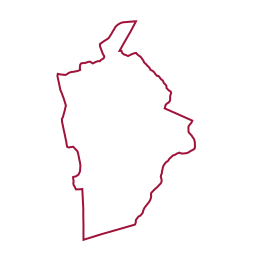 Bela Cruz, Ceará, Brazil (Albers equal-area conic projection), rotated 263°
{"feature_id": "56859067B81960756923809", "entity_name": "Bela Cruz", "entity_type": "district", "adm_level": 2, "iso_a3": "BRA", "parent_name": "Brazil", "parent_adm1": "Ceará", "projection": "albers", "projection_center": [-40.267, -3.072], "detail": "fine", "context": "isolated", "style": "outline", "palette": "rose", "viewbox_px": 256, "rotation_deg": 263, "n_neighbors": 0, "source": "geoboundaries", "source_scale": "gbopen_adm2", "svg_char_len": 2710}
<svg xmlns="http://www.w3.org/2000/svg" viewBox="0 0 256 256"><g transform="rotate(263 128 128)"><path d="M190.3,64.9L188.3,64.3L185.4,64.5L183.4,64.7L179.1,65.1L176.3,65.3L174.1,65.5L171.4,66.3L165.1,67.8L157.9,69.1L156.3,68.5L153.3,67.4L146.7,64.7L145.1,63.5L142.5,63.3L140.9,63.4L137.5,63.7L134.6,63.9L130.9,64.3L128.2,64.5L121.1,65.1L118.6,65.1L116.6,65.4L115.9,66.8L116.1,71.3L111.1,75.0L108.3,75.4L99.8,76.1L96.6,76.2L90.9,75.1L88.9,73.9L87.7,73.1L86.3,70.3L86.1,67.6L84.0,67.4L81.9,67.6L80.0,67.0L78.0,67.1L76.2,67.9L73.5,68.8L73.2,71.1L73.0,73.0L73.0,75.2L53.5,73.8L45.1,72.8L38.3,72.1L22.5,70.2L25.9,89.1L31.3,123.2L33.3,124.2L35.7,124.6L37.2,126.0L38.8,127.5L39.5,129.6L40.8,131.0L42.1,132.3L43.9,132.9L46.6,134.5L48.9,136.7L50.7,138.6L52.4,140.2L54.1,141.4L55.8,142.2L57.5,142.7L59.5,142.7L60.8,143.2L62.0,144.7L64.0,147.2L65.3,149.2L66.4,150.6L67.6,152.0L68.6,153.3L69.7,154.3L71.1,154.9L73.1,155.0L75.8,154.6L77.5,155.2L78.9,156.1L80.9,156.4L82.6,157.2L84.4,157.7L86.7,158.9L88.6,160.7L89.7,162.0L90.2,163.4L91.4,164.5L92.5,165.4L93.9,167.4L95.2,169.1L95.6,171.2L96.7,173.6L97.3,176.0L96.5,177.2L96.0,179.0L95.9,181.3L95.9,183.1L96.3,184.9L97.1,186.4L97.8,188.0L98.6,190.2L99.3,191.5L101.0,192.2L103.2,192.3L105.5,192.6L108.0,192.4L109.7,191.8L111.3,190.9L112.9,190.2L114.3,189.1L116.4,187.7L118.2,187.7L120.0,187.9L121.7,188.1L122.9,188.8L124.2,190.1L125.5,191.6L127.5,192.7L143.0,166.8L144.7,167.5L146.4,168.2L147.7,169.9L148.3,171.4L149.7,172.8L151.5,173.4L153.2,173.5L155.5,174.1L157.5,175.1L159.3,174.6L160.1,173.3L161.4,172.3L163.0,171.1L165.0,171.3L166.7,170.3L168.4,169.0L170.9,168.3L172.5,166.6L174.2,165.7L175.8,164.7L176.2,163.2L177.9,161.9L180.1,160.8L181.6,159.5L183.0,157.4L184.9,156.7L186.3,155.9L187.3,154.9L189.0,153.8L191.1,152.0L193.2,151.4L195.5,150.1L197.0,149.3L198.6,147.5L199.8,146.3L201.5,145.2L201.5,143.6L201.0,141.6L200.3,139.2L199.4,136.8L200.6,134.9L201.6,132.8L203.3,131.3L205.4,130.9L205.6,129.0L214.8,135.8L223.4,142.3L232.9,148.9L233.1,147.3L233.1,145.7L233.2,143.6L233.3,141.1L233.4,138.7L233.5,136.0L233.1,133.5L232.2,131.3L231.0,129.2L229.8,127.8L228.4,126.7L227.2,125.9L226.1,124.9L224.7,123.9L222.8,122.5L221.3,121.2L219.9,120.1L219.0,118.7L218.3,117.3L217.5,115.5L216.6,113.7L215.6,111.9L214.7,110.3L212.3,110.2L209.5,110.9L208.1,111.2L204.8,112.0L202.0,113.2L200.3,112.5L199.5,111.1L198.9,109.5L197.7,108.1L198.0,106.4L197.6,104.3L196.9,102.4L196.4,100.9L197.4,99.7L198.4,98.6L198.5,96.5L197.9,94.4L197.8,91.9L198.0,89.7L196.8,88.3L194.8,87.8L193.4,87.5L191.5,87.6L190.7,84.9L190.6,82.5L190.4,81.0L190.5,79.5L190.3,77.4L189.9,75.8L188.8,74.0L188.3,72.4L188.7,70.4L189.3,68.0L189.7,66.5L190.3,64.9Z" fill="none" stroke="#9f1239" stroke-width="2"/></g></svg>